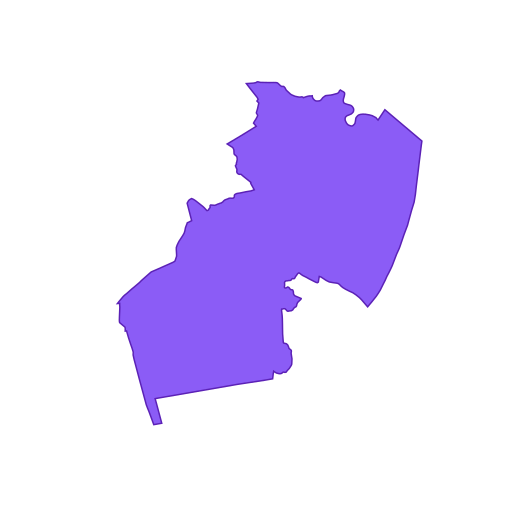 Chau Thanh, Kiên Giang, Vietnam, rotated 220°
{"feature_id": "81297802B94247950786042", "entity_name": "Chau Thanh", "entity_type": "district", "adm_level": 2, "iso_a3": "VNM", "parent_name": "Vietnam", "parent_adm1": "Kiên Giang", "projection": "mercator", "projection_center": [105.182, 9.959], "detail": "fine", "context": "isolated", "style": "filled", "palette": "violet", "viewbox_px": 512, "rotation_deg": 220, "n_neighbors": 0, "source": "geoboundaries", "source_scale": "gbopen_adm2", "svg_char_len": 6137}
<svg xmlns="http://www.w3.org/2000/svg" viewBox="0 0 512 512"><g transform="rotate(220 256 256)"><path d="M202.8,450.7L228.5,450.8L251.3,450.9L249.9,438.6L251.6,438.8L253.2,439.1L253.9,438.9L257.2,438.2L259.8,437.0L263.2,435.0L265.4,433.3L267.1,431.5L267.9,430.2L268.1,429.7L268.3,428.6L268.3,426.6L268.2,426.1L267.9,425.4L266.3,422.8L265.4,421.0L265.4,420.2L265.5,419.0L265.6,418.1L266.0,417.4L266.8,416.7L268.3,416.1L269.1,415.8L269.9,415.7L271.2,415.8L272.4,416.1L273.9,416.8L274.9,417.3L275.5,417.9L276.0,418.5L276.4,419.1L276.6,419.7L276.7,420.4L276.6,421.1L276.4,422.1L275.7,423.3L274.3,426.1L274.1,427.6L274.1,429.0L274.5,429.8L274.9,430.5L275.4,431.1L276.0,431.6L276.9,432.0L277.6,432.2L278.3,432.4L278.9,432.4L279.5,432.4L280.2,432.3L281.3,431.9L283.4,430.9L285.2,430.2L286.5,429.8L287.3,429.9L287.8,430.1L288.5,430.6L289.2,431.3L290.0,432.6L290.9,434.7L291.9,436.6L292.6,437.5L293.3,438.0L294.1,438.0L295.1,437.9L296.4,437.6L298.1,437.4L298.2,436.0L297.8,434.7L297.9,433.8L298.2,432.8L301.1,428.7L302.3,427.2L305.6,423.8L306.0,422.9L306.6,420.3L306.5,417.5L306.8,416.2L307.4,415.3L309.1,413.7L310.4,413.1L311.4,413.0L313.1,413.2L314.0,413.5L314.5,413.8L315.2,414.2L315.9,414.9L316.3,414.4L318.1,412.8L319.0,411.7L319.9,410.4L321.5,407.7L322.2,407.8L323.0,407.5L323.5,407.1L324.4,406.0L325.2,405.4L326.8,404.5L328.9,403.4L330.6,402.9L332.6,402.3L333.9,402.2L337.8,402.4L339.3,402.5L340.0,402.7L341.9,403.5L343.5,403.7L343.9,403.6L344.2,403.4L344.6,403.1L345.1,402.5L345.4,402.4L346.2,402.3L346.9,402.2L349.9,402.4L350.6,402.4L351.1,402.3L351.7,402.0L352.6,401.4L354.4,399.9L357.3,397.4L361.4,394.1L364.4,391.7L366.1,390.9L366.7,390.5L367.0,390.2L367.3,389.6L367.5,388.8L367.8,388.4L369.2,386.7L374.2,381.9L369.0,380.7L356.9,378.2L355.1,377.4L354.9,375.3L352.2,375.0L349.4,369.6L347.9,366.1L347.5,365.7L345.6,365.1L345.2,364.8L344.9,364.4L344.6,363.4L344.1,361.0L343.7,358.0L343.3,356.2L339.2,355.5L342.9,344.2L346.5,333.6L350.1,323.3L346.1,323.8L344.5,324.0L343.8,324.1L343.2,324.0L342.6,323.8L341.8,323.4L341.1,323.0L338.5,320.2L338.1,320.0L337.6,319.9L336.2,319.9L335.2,319.9L334.3,319.6L333.9,319.3L332.5,318.0L331.0,315.3L330.8,314.5L329.9,313.7L329.9,312.4L329.8,311.9L329.3,311.6L326.3,310.1L325.6,309.2L325.0,308.3L324.4,307.8L323.7,307.5L322.9,307.4L322.1,307.5L321.3,307.8L319.9,309.0L318.2,308.9L317.9,308.9L317.5,308.9L307.3,309.1L307.1,308.6L306.4,308.1L299.9,305.6L301.7,302.6L304.8,299.0L308.8,293.9L310.5,292.0L311.0,291.3L311.4,290.5L311.6,289.9L311.7,289.4L311.7,288.8L311.4,288.3L311.1,287.9L310.8,287.6L310.6,287.3L310.5,287.0L310.5,286.6L310.5,286.3L310.5,286.0L310.7,285.7L311.1,285.2L311.9,284.5L312.8,283.9L313.3,283.4L313.9,282.7L314.3,281.7L315.3,280.0L315.6,279.5L315.9,278.9L316.1,277.9L316.2,277.2L316.2,276.1L316.6,274.7L316.7,274.3L317.5,273.2L318.0,272.2L318.7,271.1L319.5,269.4L320.1,268.4L320.9,267.8L322.2,266.9L322.4,266.6L323.1,266.3L323.5,266.0L323.6,265.5L323.6,265.2L323.3,264.7L322.9,264.3L322.4,263.8L322.3,263.4L322.3,261.9L322.1,261.1L322.1,260.3L322.4,259.7L322.6,259.4L322.9,259.2L326.7,259.7L328.5,259.8L335.1,259.6L337.9,259.5L340.3,259.2L342.3,258.6L342.9,257.0L343.2,256.0L343.2,254.7L343.0,253.8L342.7,252.2L328.0,241.7L329.0,239.4L329.5,238.2L330.0,237.4L328.3,232.5L326.6,229.4L325.7,227.2L325.2,224.3L324.8,221.0L324.5,218.2L324.1,216.3L323.4,213.6L322.5,211.3L321.2,209.7L317.8,206.1L316.7,204.8L315.8,202.6L314.9,200.2L314.9,199.6L315.1,199.0L315.5,197.9L319.0,190.7L323.4,181.7L325.8,176.9L326.1,176.2L328.0,163.5L328.2,160.9L329.3,154.3L329.9,151.2L330.9,144.3L331.5,141.4L331.7,139.4L331.7,138.1L331.7,133.6L331.6,130.5L330.0,132.1L329.0,130.9L328.1,130.0L327.2,129.0L321.5,121.6L319.6,119.2L318.4,117.9L317.6,117.3L316.5,117.3L313.8,117.3L310.8,117.3L310.1,116.9L309.4,116.2L307.9,114.4L307.0,115.4L300.9,111.3L294.9,107.6L292.0,105.9L288.3,103.5L286.5,101.2L283.0,98.5L266.1,86.6L244.4,71.5L241.0,69.6L238.1,68.1L225.9,61.1L220.7,67.3L237.1,78.8L241.6,81.9L239.6,84.3L187.5,146.0L169.8,166.1L164.3,172.6L165.2,174.0L167.0,176.7L168.4,179.1L167.0,179.2L165.1,179.5L162.8,180.6L162.0,181.2L161.5,181.7L160.9,182.6L160.7,183.8L160.6,184.4L160.2,184.8L159.1,185.4L158.8,185.7L158.3,186.3L158.3,186.7L158.4,188.5L158.2,191.2L158.6,194.4L158.9,195.7L159.6,196.8L162.3,200.3L166.5,204.0L166.9,204.5L167.2,205.0L167.5,205.5L167.7,205.8L168.0,206.1L168.4,206.4L169.5,206.5L170.4,206.4L171.1,206.4L171.4,206.5L172.3,207.1L173.6,207.8L174.4,208.2L175.5,208.3L176.4,208.3L177.2,207.9L178.8,207.1L179.3,207.2L179.6,207.5L180.2,208.0L185.4,213.3L189.5,218.0L192.0,220.9L195.6,225.0L197.7,227.2L199.9,229.3L201.2,230.5L201.8,231.2L202.2,231.8L201.7,232.2L201.2,233.1L200.5,233.8L199.9,234.2L198.7,234.2L196.8,233.9L196.0,234.2L195.0,235.5L193.8,236.7L193.2,238.3L193.4,239.7L193.4,240.5L193.4,241.2L193.2,241.8L192.8,242.6L192.8,243.2L192.9,243.9L193.6,245.1L194.1,246.6L194.2,247.6L193.8,251.3L193.8,251.9L194.1,252.5L199.9,250.7L200.6,250.5L201.2,250.5L201.9,250.7L202.5,250.8L203.1,251.3L204.6,252.8L205.3,253.2L205.8,253.5L206.6,253.4L207.4,252.8L208.0,252.6L208.7,252.6L209.8,252.9L210.7,253.0L211.5,252.8L211.9,252.5L212.1,251.8L212.5,250.8L212.9,250.4L213.3,250.2L213.7,250.1L214.1,250.3L214.6,250.9L215.0,251.6L215.4,252.2L217.1,254.0L217.3,254.7L217.3,255.4L217.0,256.2L215.9,257.3L215.2,258.2L214.5,258.8L213.9,259.5L213.7,260.0L213.7,261.8L213.6,262.1L213.1,262.5L212.5,262.8L212.1,263.4L212.1,264.1L212.4,265.2L212.5,266.0L212.5,266.9L212.6,267.8L212.7,268.6L212.7,269.3L212.6,269.8L212.5,270.3L212.2,270.7L210.8,270.9L209.4,270.9L207.6,271.1L203.5,272.1L200.7,272.6L193.8,274.2L192.8,274.5L191.8,275.0L191.5,276.1L194.4,281.0L192.7,281.7L186.5,282.4L183.2,283.2L179.7,285.2L176.7,287.1L175.2,287.8L173.3,287.8L171.7,287.6L169.4,287.6L166.1,288.1L161.8,289.1L158.2,290.1L154.5,290.5L150.0,290.6L146.8,290.3L137.8,288.8L137.8,295.1L138.0,302.5L138.4,306.3L138.9,309.8L140.6,316.8L141.4,320.3L142.6,324.4L143.5,328.6L144.5,332.7L145.4,336.0L149.4,347.6L151.1,353.7L151.9,356.0L156.4,367.6L159.7,377.0L161.3,380.4L166.0,390.6L169.5,398.9L173.4,405.5L178.4,413.0L187.6,427.2L189.6,430.2L200.5,447.0L202.8,450.7Z" fill="#8b5cf6" stroke="#5b21b6" stroke-width="1.5"/></g></svg>